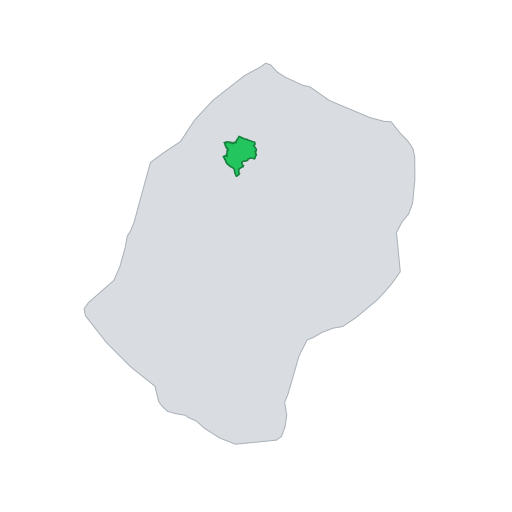 location of Bolahla, Leribe, Lesotho, rotated 344°
{"feature_id": "5366337B26434863829569", "entity_name": "Bolahla", "entity_type": "district", "adm_level": 2, "iso_a3": "LSO", "parent_name": "Lesotho", "parent_adm1": "Leribe", "projection": "orthographic", "projection_center": [28.277, -29.044], "detail": "fine", "context": "in_parent", "style": "filled", "palette": "green", "viewbox_px": 512, "rotation_deg": 344, "n_neighbors": 0, "source": "geoboundaries", "source_scale": "gbopen_adm2", "svg_char_len": 6123}
<svg xmlns="http://www.w3.org/2000/svg" viewBox="0 0 512 512"><g transform="rotate(344 256 256)"><path d="M334.8,342.9L321.0,347.3L319.0,347.6L310.2,346.6L298.4,347.6L289.1,350.0L281.9,350.9L270.1,363.5L248.8,397.4L243.2,404.5L241.6,417.8L236.7,428.4L230.7,436.6L224.8,438.6L207.0,435.4L184.3,431.2L171.1,421.1L159.2,407.7L153.0,398.0L146.4,392.6L144.2,389.6L134.9,385.2L131.4,382.9L128.3,381.2L124.5,374.8L122.3,369.1L123.0,353.4L116.4,344.1L105.0,328.1L97.8,315.1L88.0,297.3L81.9,282.0L75.5,266.2L76.3,259.3L82.1,254.6L99.3,246.5L112.7,240.2L122.2,228.7L132.6,211.8L137.6,201.6L142.7,196.9L148.3,189.7L157.9,173.7L168.7,156.0L180.3,137.0L194.9,131.5L215.0,125.1L234.3,108.5L257.4,94.5L294.6,79.4L311.9,75.6L318.5,73.4L322.7,76.3L327.1,84.9L333.4,92.2L348.1,104.9L354.3,108.0L369.3,126.7L385.4,139.7L403.9,154.5L416.5,162.0L422.9,164.1L428.2,177.2L433.5,187.0L436.5,196.1L435.8,204.9L429.7,226.6L421.0,248.6L414.1,257.8L405.7,263.5L397.5,272.2L394.2,290.0L390.4,310.8L379.7,319.4L371.5,324.9L360.0,331.8L334.8,342.9Z" fill="#d9dde1" stroke="#a8b0b8" stroke-width="1"/><path d="M262.8,169.8L262.9,169.5L263.2,169.1L263.2,168.8L263.3,167.8L263.7,167.8L263.9,167.5L264.0,167.4L264.6,167.3L265.4,167.3L265.8,167.1L265.9,166.9L266.2,166.7L266.5,166.7L267.0,166.3L267.4,166.6L267.6,166.8L268.0,166.7L268.0,166.4L268.3,166.4L268.4,166.1L268.5,166.0L268.6,165.9L268.5,165.7L268.8,165.6L268.7,165.5L268.6,165.4L268.6,165.2L268.4,165.0L268.3,164.9L268.3,164.7L268.2,164.4L267.9,164.1L268.0,163.7L267.9,163.4L267.8,163.0L268.0,162.8L268.0,162.5L268.1,162.2L268.9,162.0L269.1,161.9L269.5,161.5L269.8,161.4L270.1,161.4L270.3,161.5L270.7,161.7L271.1,161.6L271.5,161.4L271.7,161.5L272.0,161.9L272.9,161.9L273.0,161.9L273.2,161.7L273.4,161.6L273.6,161.6L273.8,161.7L274.1,161.8L274.4,161.7L274.5,161.5L274.9,161.0L274.9,160.7L275.1,160.5L275.5,160.4L276.6,160.6L276.8,160.5L277.2,160.5L277.4,160.3L277.7,160.4L278.3,160.6L278.5,160.6L279.5,161.0L280.4,161.6L281.1,162.2L281.4,161.8L282.2,161.6L282.4,161.3L282.3,161.0L282.3,160.7L282.8,160.3L283.2,159.8L283.4,159.6L283.9,159.4L284.1,159.0L284.3,158.8L284.3,158.2L284.0,158.1L283.8,158.0L283.8,157.6L283.9,157.2L283.7,156.9L284.1,156.7L284.3,156.5L284.4,156.3L284.4,156.0L283.9,155.2L284.4,155.1L285.0,155.1L285.4,154.8L285.6,154.4L285.6,154.1L285.6,153.7L285.7,153.4L285.7,153.2L285.4,152.2L285.2,152.0L284.9,151.9L284.9,151.7L285.0,150.7L284.4,149.9L284.2,149.6L284.1,149.3L284.3,149.1L284.5,149.0L284.9,148.8L285.1,148.8L285.3,148.7L285.6,148.4L285.9,148.3L286.1,148.1L286.1,147.8L285.9,147.4L285.9,147.1L286.0,146.5L286.1,146.3L286.1,146.1L285.4,145.9L284.9,145.7L283.5,144.6L283.2,144.3L282.8,144.1L282.6,143.9L282.3,143.6L281.8,143.4L281.6,143.2L281.3,143.1L281.0,142.7L280.7,142.5L280.6,142.4L280.0,142.2L279.8,142.0L279.7,141.8L279.7,141.7L279.4,141.2L279.1,141.2L278.7,141.0L278.0,140.9L277.8,140.7L277.4,140.3L277.2,140.3L277.1,140.0L276.7,139.9L276.5,139.7L276.4,139.5L276.2,139.4L275.9,139.0L275.8,138.9L275.7,138.8L275.1,138.5L274.7,138.5L274.5,138.3L274.4,138.0L274.2,137.4L273.7,137.2L273.2,136.8L272.8,136.8L272.7,136.7L272.5,136.4L272.3,136.7L272.0,136.9L271.7,137.4L271.5,137.5L271.2,137.9L271.2,138.0L270.4,138.6L269.8,138.7L269.7,138.9L269.6,139.0L269.5,139.5L269.1,139.7L268.9,139.8L268.9,140.0L268.5,140.2L268.2,140.6L268.2,140.9L268.2,141.1L268.3,141.2L268.2,141.4L268.0,141.5L267.8,141.4L267.7,141.3L267.6,141.2L267.4,140.9L266.7,140.8L266.6,141.2L266.4,141.1L266.1,141.1L265.7,141.0L265.4,140.8L265.3,140.7L265.2,140.9L265.2,141.3L264.9,141.2L264.7,141.2L264.5,141.3L264.5,141.5L264.4,141.5L264.3,141.4L264.3,141.2L264.2,141.2L263.8,141.2L263.7,141.0L263.6,140.6L263.1,140.2L263.1,139.7L262.8,139.8L262.7,139.8L262.4,139.8L262.4,139.7L262.0,139.7L261.8,139.8L261.7,139.6L261.8,139.6L261.9,139.3L261.9,139.2L261.1,139.0L260.8,138.7L260.7,138.7L260.4,138.9L260.2,138.8L259.8,138.7L259.8,138.4L259.5,138.3L259.3,138.2L259.2,138.2L259.2,138.4L259.1,138.5L259.1,138.8L258.8,138.9L258.6,139.0L258.4,139.0L258.2,138.9L258.1,138.4L257.9,138.3L257.8,138.2L257.7,138.2L257.4,138.3L257.3,138.5L257.2,138.6L256.8,138.5L256.9,138.8L256.9,139.3L257.0,139.8L256.9,140.6L257.0,140.9L256.9,141.1L257.2,141.4L257.0,141.5L257.0,142.0L257.1,142.3L257.2,142.5L257.3,142.7L257.4,142.9L257.2,143.1L257.2,143.4L257.2,143.5L257.7,143.5L257.8,143.7L257.8,144.0L257.7,144.1L257.6,144.3L257.6,144.6L257.8,144.8L258.0,144.9L258.3,144.9L258.4,145.2L258.6,145.4L258.4,145.8L258.3,146.0L258.2,146.4L258.0,146.2L257.8,146.5L257.5,146.5L257.4,146.8L257.2,146.8L257.1,147.0L256.9,147.5L256.9,147.8L256.8,148.4L256.8,148.6L256.7,148.8L256.2,149.1L256.2,149.4L256.0,149.7L255.8,150.0L255.8,150.3L255.7,150.6L255.7,150.8L255.6,151.3L255.8,151.3L255.9,151.5L255.9,152.2L255.8,152.3L255.5,152.0L255.4,151.8L255.3,151.6L254.9,151.4L254.7,151.4L254.6,151.2L254.3,150.9L254.0,151.1L253.8,151.1L253.5,151.3L253.4,151.3L253.1,151.5L252.7,151.3L252.4,151.3L252.2,151.2L252.0,151.3L252.2,152.0L252.2,152.4L252.4,152.5L252.3,152.8L252.5,152.9L252.5,153.1L252.5,153.4L252.4,153.5L252.5,153.7L252.7,153.8L252.6,154.1L252.6,154.5L252.8,154.6L252.7,154.7L252.9,154.9L252.8,155.0L252.8,155.3L253.0,155.4L253.0,155.7L253.1,155.8L253.1,156.0L253.1,156.6L253.0,156.9L253.0,157.2L253.2,157.3L253.2,157.5L253.3,157.6L253.2,157.8L253.2,158.1L253.3,158.4L253.4,158.6L253.4,158.8L253.6,158.9L253.6,159.2L253.6,159.4L253.6,159.5L253.8,159.8L254.3,160.3L254.6,160.5L254.8,161.1L254.8,161.3L255.0,161.5L255.0,161.9L255.2,162.1L255.3,162.1L255.5,162.1L255.8,162.5L256.2,162.9L256.3,163.0L256.4,163.4L256.7,163.7L257.0,163.9L257.2,164.1L257.3,164.3L257.5,164.5L258.1,165.0L258.5,165.3L258.7,165.7L258.8,166.0L258.9,166.6L258.9,166.8L258.8,167.0L259.0,167.2L258.8,167.4L258.9,167.9L258.8,168.7L258.7,169.2L258.7,169.4L258.5,170.3L258.6,170.8L258.8,171.3L258.9,171.5L258.8,172.1L258.8,173.1L258.9,173.4L258.9,173.5L259.1,173.8L259.3,174.0L259.8,173.9L260.0,173.8L260.4,173.7L260.9,173.3L261.3,173.3L261.6,173.2L262.0,172.9L262.2,172.7L262.4,172.7L262.5,172.6L262.8,172.4L262.9,172.2L262.9,171.7L262.7,171.6L262.4,170.9L262.3,170.5L262.3,170.2L262.5,169.9L262.8,169.8Z" fill="#22c55e" stroke="#15803d" stroke-width="1.5"/></g></svg>